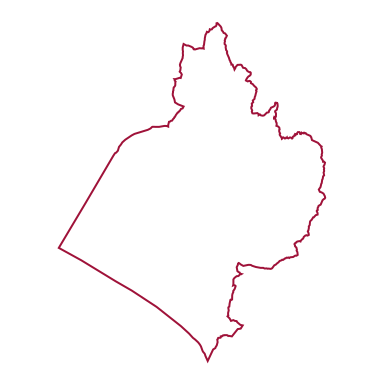 Lambayeque, Lambayeque, Peru (Natural Earth projection)
{"feature_id": "86281439B97940066257739", "entity_name": "Lambayeque", "entity_type": "district", "adm_level": 2, "iso_a3": "PER", "parent_name": "Peru", "parent_adm1": "Lambayeque", "projection": "natural_earth1", "projection_center": [-79.825, -6.15], "detail": "fine", "context": "isolated", "style": "outline", "palette": "rose", "viewbox_px": 384, "rotation_deg": 0, "n_neighbors": 0, "source": "geoboundaries", "source_scale": "gbopen_adm2", "svg_char_len": 5986}
<svg xmlns="http://www.w3.org/2000/svg" viewBox="0 0 384 384"><path d="M242.7,325.4L240.4,324.9L237.3,322.3L236.6,321.1L234.9,320.9L233.3,320.1L231.0,320.9L229.6,318.4L227.5,316.3L228.3,315.4L228.1,314.6L228.1,312.9L228.7,310.4L228.3,307.8L228.5,307.2L229.3,306.6L229.6,303.6L230.4,299.9L230.6,299.7L231.2,300.0L232.1,299.5L232.2,295.3L232.5,293.8L233.3,292.1L233.2,291.1L234.7,288.9L235.6,286.3L235.5,285.8L234.7,285.3L233.5,285.2L233.1,285.4L233.4,284.2L233.4,279.4L234.4,278.0L236.2,276.5L236.9,276.1L238.1,276.1L238.8,275.7L240.1,274.2L241.0,274.3L241.5,274.0L240.0,273.6L239.7,272.6L238.6,272.1L237.4,271.1L236.7,267.2L237.8,265.0L238.0,263.7L238.6,263.0L239.2,263.2L240.8,264.5L243.3,265.9L248.1,264.9L250.1,264.9L250.9,265.0L252.2,265.8L255.9,267.0L260.8,267.9L263.3,267.9L264.6,268.5L266.8,268.4L267.4,268.7L268.6,268.6L270.8,268.9L272.1,268.3L274.3,265.3L275.8,264.6L277.0,263.4L278.4,262.4L279.6,261.0L281.5,260.3L282.2,259.7L282.7,259.9L283.3,259.8L284.8,258.5L285.6,258.4L286.1,257.9L286.8,257.6L287.7,257.8L288.5,257.5L289.3,258.0L290.2,257.3L293.1,257.0L295.3,255.6L296.5,255.7L297.7,254.9L297.4,252.1L296.6,250.6L296.9,249.8L296.4,247.6L295.1,246.3L295.0,245.3L294.5,244.4L294.6,243.7L295.6,242.8L296.3,242.6L296.6,241.9L297.4,241.5L299.5,241.1L300.5,241.5L300.8,240.7L302.1,239.3L303.1,238.6L303.8,236.9L305.4,235.5L306.6,235.2L307.3,235.6L308.7,235.1L308.8,234.6L308.5,233.0L307.8,231.3L308.4,230.3L308.9,227.9L308.8,226.4L309.7,225.1L310.0,221.8L310.6,220.7L311.6,219.9L313.2,217.3L313.8,217.3L315.7,215.2L317.6,214.6L317.6,213.1L316.7,211.0L317.0,210.4L317.8,209.9L317.6,208.8L317.8,207.5L318.2,207.1L318.6,205.8L320.7,204.6L322.5,200.3L323.7,199.1L324.5,198.8L325.2,197.8L324.8,196.1L323.5,193.6L321.6,192.4L319.8,191.8L318.8,189.5L320.5,187.1L321.3,183.7L321.7,183.1L322.2,179.7L322.7,178.9L323.1,176.3L324.1,175.4L323.6,172.4L324.1,171.4L324.1,170.2L323.9,169.6L324.2,168.2L323.5,166.7L323.9,165.6L324.5,164.7L325.0,162.6L323.9,161.6L323.1,161.8L322.8,160.5L321.2,157.9L321.1,157.2L321.9,155.6L321.7,154.4L322.2,152.8L321.9,149.3L321.2,147.3L321.6,146.5L321.0,146.2L317.9,142.8L312.0,140.1L311.2,137.1L310.8,136.8L310.4,135.9L306.3,134.1L305.9,133.3L304.2,132.7L303.8,133.4L303.0,133.0L301.9,133.3L301.6,132.9L300.9,134.1L300.1,133.9L300.0,133.4L300.1,133.1L299.5,132.1L297.9,132.1L296.9,133.5L297.0,134.1L295.9,134.6L295.7,134.1L295.2,134.0L295.1,135.3L294.4,135.2L293.9,136.3L293.0,136.6L292.7,137.1L292.5,138.2L292.2,138.5L291.9,138.5L291.4,137.9L290.0,137.4L288.3,138.4L287.2,137.9L287.0,137.4L286.7,137.8L286.1,137.7L285.7,138.3L284.9,138.5L283.5,137.4L283.0,137.3L282.7,137.5L282.2,138.6L281.9,138.8L281.8,138.1L279.7,134.8L279.8,133.9L280.1,133.3L279.7,132.8L279.2,131.4L279.2,129.9L279.6,129.5L279.3,127.7L278.3,126.6L276.4,125.8L276.7,125.0L276.6,122.9L276.3,122.5L275.8,121.0L275.6,119.5L275.0,118.5L274.0,118.6L274.0,117.7L274.4,117.3L274.4,116.8L275.6,117.0L275.9,116.6L276.0,113.8L275.8,112.9L275.3,112.3L275.1,111.2L276.9,109.6L277.1,109.0L277.1,108.2L277.5,107.1L277.7,106.1L277.5,103.8L277.2,103.0L276.5,103.1L275.9,102.6L275.4,102.7L275.1,103.1L275.1,104.7L274.5,105.9L273.5,106.6L271.0,107.7L270.0,109.6L269.2,110.5L268.7,112.2L268.0,112.5L266.9,112.6L264.2,115.3L262.9,115.7L261.6,115.5L260.8,115.3L259.9,114.4L258.6,115.2L258.5,114.0L257.4,113.1L253.6,113.5L252.4,113.3L251.8,111.6L252.2,110.4L251.3,108.4L251.3,107.0L251.8,106.5L252.1,105.9L251.8,105.1L252.0,104.0L251.8,103.5L253.2,102.2L252.8,100.5L254.5,98.9L254.8,96.9L255.3,95.9L255.8,93.6L256.5,91.3L256.1,90.7L256.0,90.2L256.7,89.5L256.8,88.9L256.1,87.6L254.0,85.7L252.7,84.1L250.9,83.2L250.9,81.8L249.9,81.0L249.3,80.9L247.7,81.4L245.9,80.5L246.3,79.4L247.5,77.5L248.6,76.3L249.4,76.0L250.5,74.9L250.8,74.0L250.7,72.6L250.3,72.2L249.9,72.3L248.4,71.7L247.0,70.6L246.4,69.3L245.1,68.1L243.1,67.8L241.6,65.1L240.8,64.7L237.5,64.9L235.4,67.3L235.3,68.2L234.5,69.5L233.9,67.4L233.2,66.7L232.7,64.7L232.1,64.4L231.4,64.6L231.0,62.8L230.5,62.2L230.2,61.0L229.7,60.3L228.9,57.7L227.3,54.1L226.9,52.8L227.2,52.0L226.8,50.9L226.1,50.0L225.6,47.0L225.9,46.0L225.4,44.8L224.6,44.0L224.6,42.6L225.0,41.2L224.7,40.3L225.3,39.0L225.2,38.4L225.9,37.8L226.9,35.7L225.1,33.4L223.6,32.9L222.9,31.5L221.8,30.4L221.4,27.8L220.7,26.5L217.9,23.5L217.2,23.0L216.5,23.3L216.6,24.3L216.3,25.6L215.8,26.3L215.3,26.4L213.2,27.7L212.4,28.4L211.9,29.3L210.6,29.6L209.8,29.3L209.5,30.8L208.5,32.1L207.7,32.1L206.9,31.8L206.4,33.3L205.5,34.8L204.8,38.3L204.8,39.7L204.4,41.4L204.0,44.9L203.5,46.0L203.7,48.6L202.3,48.2L202.0,48.4L199.5,48.2L194.9,49.5L194.0,48.9L193.6,49.1L192.9,47.7L191.6,46.9L188.3,45.5L186.4,45.5L183.6,44.0L182.7,47.5L182.7,49.8L183.0,51.6L182.8,53.0L183.0,55.3L182.6,57.3L182.7,57.9L180.4,63.1L179.9,64.8L180.2,66.4L180.7,67.4L180.3,70.4L179.7,71.7L181.0,73.0L181.8,74.5L180.7,78.0L179.7,77.8L175.6,79.1L174.4,79.1L174.8,79.7L174.7,80.6L175.6,81.6L175.3,82.6L175.3,85.2L174.8,86.3L173.7,87.5L173.4,89.5L173.4,90.5L173.0,91.3L173.0,92.5L172.7,93.9L172.8,95.4L174.4,99.4L175.0,102.4L178.2,104.4L183.6,106.5L182.6,108.4L180.9,109.0L180.0,110.6L178.8,111.6L178.4,112.4L177.7,112.5L175.7,115.3L175.0,116.8L174.3,117.3L174.0,118.2L173.2,118.9L172.1,120.6L171.0,120.8L170.2,121.5L169.0,121.8L168.2,125.1L168.2,126.6L166.7,126.0L164.6,125.9L158.9,126.9L152.5,126.8L151.9,127.1L150.6,128.4L147.9,129.8L134.5,133.9L131.7,135.4L125.3,139.7L122.3,142.4L120.9,144.6L119.0,146.9L117.9,150.7L116.1,152.7L115.0,153.2L113.3,155.8L85.8,202.6L58.8,247.9L81.3,260.3L115.7,281.3L131.8,290.6L156.6,306.9L180.9,326.1L189.1,333.6L192.9,337.8L195.2,339.6L198.2,342.4L199.9,344.6L201.0,346.5L202.5,350.7L203.0,351.7L204.7,353.7L205.5,356.1L207.7,361.0L213.1,349.5L215.3,348.1L215.8,346.8L216.7,345.5L217.6,342.2L217.3,339.5L217.8,339.1L218.2,337.9L220.5,337.7L220.8,337.1L220.8,336.5L221.4,336.6L221.8,336.4L221.8,336.1L222.6,335.9L223.1,335.3L224.1,335.3L224.3,335.1L226.6,335.1L227.2,335.2L228.2,336.0L228.6,335.8L231.9,336.4L237.7,329.1L240.7,328.6L242.7,325.4Z" fill="none" stroke="#9f1239" stroke-width="2"/></svg>